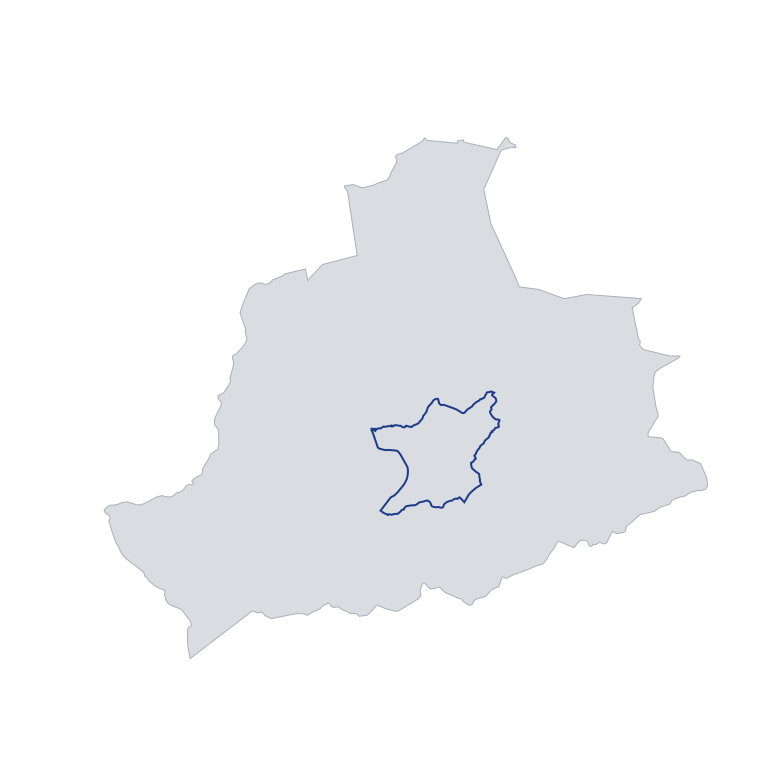 location of Cochabamba within Bolivia, rotated 259°
{"feature_id": "BOL-1291", "entity_name": "Cochabamba", "entity_type": "Department", "adm_level": 1, "iso_a3": "BOL", "parent_name": "Bolivia", "parent_adm1": "", "projection": "natural_earth1", "projection_center": [-65.4, -17.184], "detail": "fine", "context": "in_parent", "style": "outline", "palette": "blue", "viewbox_px": 768, "rotation_deg": 259, "n_neighbors": 0, "source": "natural_earth", "source_scale": "10m", "svg_char_len": 8517}
<svg xmlns="http://www.w3.org/2000/svg" viewBox="0 0 768 768"><g transform="rotate(259 384 384)"><path d="M156.2,443.4L155.1,433.0L153.5,430.4L151.1,428.7L150.3,426.6L151.1,424.4L155.7,420.1L158.2,419.3L158.9,417.1L167.3,404.8L169.9,402.3L172.9,400.6L174.2,399.1L173.5,394.6L173.7,391.6L174.7,389.6L180.4,386.1L181.0,385.3L180.8,384.2L178.3,381.9L173.1,379.8L169.7,380.0L166.5,376.7L159.7,358.1L158.5,353.7L158.6,352.0L163.1,342.8L168.1,335.4L167.5,333.7L161.9,326.4L160.2,323.0L160.7,315.4L163.9,313.1L165.5,306.4L166.9,305.3L169.9,300.7L174.0,296.4L174.4,291.4L175.6,290.0L179.1,288.4L179.5,287.0L178.7,283.6L176.9,280.0L175.5,278.3L173.5,269.4L171.6,265.0L173.7,261.0L175.0,256.5L175.4,251.4L175.1,228.6L179.4,223.0L181.6,221.8L183.6,219.9L183.4,216.3L186.4,211.5L151.5,141.3L165.1,141.5L179.9,144.0L182.4,145.6L182.9,148.0L184.6,149.1L188.7,148.5L200.7,142.4L202.5,140.5L206.6,133.8L210.0,130.1L213.1,128.8L219.2,128.3L221.1,129.3L223.6,129.2L225.7,125.4L229.0,121.2L235.4,115.9L238.7,114.5L240.7,112.6L244.2,112.4L247.3,110.5L262.1,97.2L268.1,93.8L274.9,92.3L280.2,90.4L293.4,88.6L301.9,87.8L304.6,89.6L307.6,89.1L310.2,86.1L312.4,85.2L313.9,85.3L316.2,88.8L317.3,92.5L316.6,95.4L316.7,99.5L317.7,104.9L317.2,109.7L312.4,118.6L312.0,121.2L312.2,124.8L313.7,130.6L316.4,138.7L316.8,144.7L314.9,148.5L314.0,151.9L314.2,154.7L314.8,156.7L316.0,157.8L316.7,160.0L316.8,163.4L318.4,166.7L321.3,169.8L322.5,172.8L322.0,175.7L322.1,177.5L323.0,178.2L324.9,176.8L325.8,177.1L327.9,181.1L329.3,185.2L329.6,187.7L335.9,190.2L344.4,198.0L348.2,200.2L351.8,208.7L358.2,210.7L370.5,212.8L376.3,210.0L380.2,210.4L384.1,212.3L393.4,219.6L397.1,220.8L399.8,219.0L402.3,218.3L404.2,219.1L406.2,225.3L413.2,232.0L415.9,233.9L418.9,233.8L431.8,240.1L435.3,240.6L438.7,240.1L440.9,241.3L441.8,245.0L447.6,252.5L450.3,255.4L453.6,257.9L461.9,257.8L464.4,258.6L481.2,256.2L487.5,259.5L503.2,269.8L506.4,276.5L507.1,280.2L506.2,283.9L504.8,285.4L504.4,287.7L504.9,291.3L507.4,294.4L509.5,305.2L511.0,307.4L511.9,328.7L499.9,329.1L501.9,331.1L513.0,346.4L515.3,382.2L578.5,384.9L580.1,384.8L584.8,382.8L585.9,382.9L585.6,392.2L580.9,399.5L580.6,401.7L581.2,411.3L582.8,419.0L583.5,425.9L585.4,428.1L590.8,431.8L599.0,438.6L602.3,439.5L605.1,438.5L606.8,441.3L607.1,445.8L614.3,466.2L615.6,469.0L617.7,470.4L617.3,471.4L615.5,471.9L614.7,473.3L606.3,502.2L608.3,502.3L608.8,508.1L606.3,508.5L605.6,509.7L592.5,539.8L602.7,550.5L601.7,552.4L596.6,554.0L593.7,558.3L591.2,558.9L592.0,551.4L591.3,544.9L590.6,543.2L555.9,519.0L520.7,519.6L462.9,533.6L453.5,535.3L447.3,554.0L433.4,577.0L433.2,599.9L418.7,652.9L415.1,649.6L412.4,644.5L411.7,642.3L411.4,642.2L379.6,642.5L378.0,643.5L375.8,643.5L374.2,642.5L372.5,642.6L370.2,643.6L368.1,645.6L357.0,669.7L355.4,678.4L354.7,679.9L352.9,676.9L347.2,659.2L344.1,652.7L340.5,650.7L329.3,647.3L309.3,646.6L302.9,647.3L299.6,646.8L296.2,643.2L288.7,636.8L287.1,634.8L284.2,633.5L282.5,633.3L281.4,634.6L278.6,644.7L277.0,647.5L266.5,651.6L263.8,652.1L262.3,654.5L261.6,657.9L260.4,660.9L253.1,665.5L251.5,667.4L250.7,671.9L245.4,679.6L230.8,682.8L225.9,682.7L222.6,682.3L219.3,679.7L218.9,675.4L219.5,670.9L219.2,664.7L216.5,657.5L216.7,655.1L216.4,651.6L215.0,644.9L211.6,641.5L210.2,631.1L207.4,625.0L206.9,610.5L197.7,594.5L193.9,593.4L193.0,592.4L192.6,590.0L192.7,584.1L195.7,580.0L185.7,572.3L185.1,570.3L185.2,568.6L187.8,565.5L186.1,561.7L186.2,558.2L185.1,556.7L185.2,555.6L186.3,554.6L191.2,553.5L192.7,550.0L192.7,547.0L192.0,544.9L187.4,539.7L187.3,538.8L196.3,525.7L196.0,524.7L195.2,523.4L190.2,519.5L184.9,513.4L181.0,510.3L178.2,507.2L176.8,504.6L176.3,497.6L174.5,490.5L171.8,473.5L169.8,467.2L171.9,463.9L171.7,463.0L163.3,458.1L161.5,450.3L156.2,443.4Z" fill="#d9dde1" stroke="#a8b0b8" stroke-width="1"/><path d="M252.6,440.3L257.5,437.3L258.0,436.9L258.3,436.5L258.2,435.9L258.0,435.5L257.6,435.1L257.4,434.6L257.2,434.2L257.9,432.4L257.4,430.0L257.1,429.6L256.8,429.0L256.6,428.5L256.6,428.0L256.7,426.5L256.1,423.3L255.9,422.6L255.6,422.0L255.1,421.1L254.6,420.4L254.1,419.7L252.4,418.9L251.8,418.3L251.6,417.4L251.7,416.5L252.0,415.5L252.2,415.2L252.8,414.2L253.0,413.7L253.0,413.3L252.9,412.4L253.0,411.4L253.3,410.7L254.0,409.1L254.7,407.8L255.7,407.3L258.0,407.0L258.9,406.7L259.9,406.0L260.8,405.2L261.3,404.3L261.4,403.6L261.4,402.8L261.1,400.7L261.1,400.1L261.1,396.7L260.8,395.4L259.6,393.1L259.2,391.9L259.1,390.7L259.6,388.4L259.8,382.8L259.6,382.2L258.8,381.0L258.4,380.4L258.3,380.2L257.1,379.7L257.0,379.4L257.1,378.7L257.0,377.7L256.6,377.0L255.5,375.6L254.9,374.4L254.2,373.4L254.0,373.1L254.0,372.6L254.4,369.3L254.3,368.1L254.2,367.1L254.2,366.5L254.3,366.0L254.6,365.4L254.9,365.0L255.1,364.5L255.2,363.8L255.1,363.5L255.0,363.3L254.8,363.2L254.7,363.1L254.6,362.9L255.8,361.5L257.1,359.5L260.3,356.4L271.2,368.7L271.6,369.6L272.2,371.5L272.6,372.9L272.9,373.3L275.1,376.7L281.4,384.3L282.3,385.1L286.0,388.0L288.0,389.0L291.0,390.2L295.0,391.1L297.0,391.2L298.2,391.1L311.7,386.7L315.4,384.7L315.9,383.9L316.5,382.6L318.6,375.3L318.6,373.9L318.7,373.2L319.9,370.3L321.7,366.7L322.9,365.8L337.6,363.8L341.4,362.9L342.0,363.2L342.5,363.2L342.2,364.2L341.7,364.3L340.7,364.3L341.5,365.2L341.8,365.7L341.7,366.5L341.2,366.2L340.7,366.0L340.1,366.0L339.6,366.5L340.3,367.1L340.8,367.8L341.2,368.6L341.5,369.6L341.5,370.1L341.4,370.4L341.3,370.7L341.2,371.0L341.2,372.5L341.4,373.5L342.1,374.6L342.3,375.3L342.1,376.0L341.8,376.8L341.7,377.6L342.0,378.6L341.7,379.5L341.7,380.3L341.8,381.1L341.7,382.0L340.9,383.3L340.8,383.8L341.7,383.9L341.0,385.2L340.9,385.6L341.0,385.9L341.4,386.5L341.5,387.0L341.4,387.6L340.2,390.8L340.1,391.0L339.9,392.2L339.5,392.7L338.7,393.4L338.3,393.8L338.0,394.5L337.7,395.2L337.6,395.9L337.8,396.6L338.1,396.9L338.4,397.1L338.7,397.3L338.8,397.7L338.7,398.0L337.3,400.6L337.1,401.7L336.6,402.5L336.6,403.1L336.8,403.5L337.4,404.3L337.6,404.7L337.7,405.1L337.8,406.0L338.6,409.6L339.2,410.7L342.8,415.1L343.7,415.7L344.6,416.0L344.9,416.2L345.3,416.6L347.7,419.5L348.3,420.0L350.6,421.5L351.6,421.9L352.0,422.1L353.3,423.2L356.5,427.5L358.3,429.1L358.5,429.4L358.7,429.8L359.1,430.9L359.4,431.6L359.5,432.5L359.3,433.3L359.1,434.2L358.4,434.2L357.7,434.4L357.3,434.2L356.9,434.2L356.1,434.4L355.7,434.5L355.0,434.4L354.6,434.4L354.2,434.6L352.7,435.7L352.4,436.0L352.3,436.6L352.3,437.0L352.3,438.0L352.2,438.5L352.1,438.9L346.0,449.1L345.2,450.2L342.0,453.8L341.1,454.6L340.6,455.4L340.3,456.6L340.5,457.5L340.7,458.0L342.5,460.0L343.0,460.9L344.2,463.7L345.0,465.9L345.5,466.6L345.8,466.9L346.4,467.3L346.6,467.6L346.9,468.1L347.5,469.2L348.2,470.4L348.8,471.6L349.3,473.4L349.8,474.6L350.3,475.0L350.5,475.2L350.7,475.5L350.7,476.0L350.6,476.3L350.5,476.6L350.5,476.8L350.6,477.1L351.0,477.5L351.1,477.8L351.1,478.5L351.1,478.8L351.2,479.2L351.5,479.8L351.7,480.1L351.9,480.3L352.0,480.3L352.7,480.6L353.1,480.8L353.7,481.3L354.3,482.1L354.7,482.4L355.5,482.9L355.7,483.0L355.9,483.2L356.0,483.3L356.0,483.6L356.1,483.9L356.0,485.7L356.0,486.2L356.1,486.5L356.3,487.2L356.3,487.5L356.2,487.8L355.2,489.1L354.5,490.5L354.1,490.1L353.9,489.7L353.6,488.6L353.4,488.3L352.5,488.0L351.7,488.3L349.1,490.7L348.6,490.9L348.0,491.0L346.0,491.0L345.5,490.9L345.2,490.7L344.5,489.8L344.2,489.4L343.5,488.7L343.1,488.3L342.6,487.0L342.5,486.8L342.1,486.6L341.7,486.2L341.3,485.2L340.6,484.6L338.7,484.7L337.9,484.3L337.7,484.0L337.3,483.2L337.0,482.9L336.2,482.7L335.4,482.8L332.6,483.7L330.5,484.8L329.1,485.9L328.2,486.8L327.8,487.3L327.6,488.0L327.3,489.3L327.1,489.9L326.6,490.4L326.1,490.4L325.6,490.2L323.8,488.9L323.1,488.5L322.4,488.4L321.0,488.8L320.3,488.6L319.8,488.0L319.7,487.0L319.7,485.8L319.6,484.7L319.1,484.3L318.7,484.1L318.3,483.7L317.9,483.2L317.6,482.7L317.4,481.2L317.0,481.1L316.6,481.2L316.2,481.2L316.1,480.7L316.0,480.3L316.0,479.9L315.8,479.5L315.7,479.3L315.3,479.2L314.0,478.4L313.6,477.9L313.5,477.7L313.2,477.6L312.6,477.5L312.4,477.4L311.2,476.0L309.6,472.8L308.2,471.5L307.5,471.1L306.8,470.6L306.3,469.9L305.9,468.6L305.4,467.8L304.5,466.5L303.1,465.6L302.4,465.0L302.1,464.2L299.7,461.9L297.4,460.4L296.7,459.2L295.9,459.2L293.4,459.9L293.0,459.8L292.8,458.7L292.5,458.3L292.1,458.0L291.7,457.9L291.3,457.4L290.7,456.5L290.2,455.3L290.0,454.4L289.2,454.4L288.8,454.3L288.4,454.2L287.0,454.1L285.5,454.2L284.5,454.4L284.0,454.6L280.9,457.1L280.0,457.9L277.8,459.9L277.4,460.2L277.0,460.2L276.6,460.2L274.6,459.9L272.3,460.0L270.8,459.8L270.5,459.7L270.2,459.6L269.3,459.7L266.7,460.3L264.5,454.5L261.6,449.4L259.6,446.5L258.9,445.8L252.6,440.3Z" fill="none" stroke="#1e3a8a" stroke-width="2"/></g></svg>